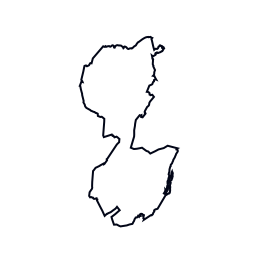 Ņukšu pag., Ludzas, Latvia (Natural Earth projection), rotated 303°
{"feature_id": "27541924B6946008427807", "entity_name": "Ņukšu pag.", "entity_type": "district", "adm_level": 2, "iso_a3": "LVA", "parent_name": "Latvia", "parent_adm1": "Ludzas", "projection": "natural_earth1", "projection_center": [27.716, 56.433], "detail": "fine", "context": "isolated", "style": "outline", "palette": "ink", "viewbox_px": 256, "rotation_deg": 303, "n_neighbors": 0, "source": "geoboundaries", "source_scale": "gbopen_adm2", "svg_char_len": 5786}
<svg xmlns="http://www.w3.org/2000/svg" viewBox="0 0 256 256"><g transform="rotate(303 128 128)"><path d="M50.3,141.5L46.9,147.4L44.5,151.7L42.2,155.3L41.6,156.3L44.5,157.0L44.8,157.5L45.8,157.8L47.0,158.7L48.4,159.5L50.7,160.3L53.4,161.4L54.7,161.6L55.9,161.7L54.5,165.8L48.8,164.2L44.4,162.6L42.8,164.4L39.3,168.9L40.9,171.1L41.1,173.6L41.4,175.3L45.6,180.0L47.9,181.8L50.0,183.9L50.6,183.9L52.1,183.7L53.3,183.7L55.2,183.2L56.7,183.3L57.1,183.2L58.1,184.4L60.0,184.3L60.0,184.6L59.6,185.3L59.5,185.7L60.2,185.7L60.8,186.1L61.2,186.6L61.4,186.5L61.5,186.1L62.0,185.1L62.9,185.5L63.2,185.7L63.6,186.7L63.5,187.3L63.4,187.7L63.6,188.8L63.2,189.0L62.6,188.6L62.4,188.6L62.3,189.1L61.7,189.6L60.7,190.0L60.7,190.6L60.5,191.0L60.2,191.2L59.7,191.3L67.0,194.5L67.5,194.8L67.5,195.1L68.0,195.3L68.0,195.5L68.4,195.6L69.1,195.8L70.8,195.4L72.3,195.5L72.7,195.3L72.9,194.9L73.4,194.8L74.7,195.3L75.8,196.4L76.2,196.6L76.5,196.8L92.8,196.1L92.7,193.7L94.4,193.7L96.3,193.2L96.7,192.9L96.5,193.5L97.0,193.5L97.3,193.6L98.3,193.6L99.0,193.3L100.7,192.5L101.8,192.2L102.1,192.2L101.9,192.9L101.0,193.7L100.7,193.9L100.4,194.0L99.6,194.0L98.7,194.4L98.2,194.4L97.9,194.7L97.9,195.0L97.2,195.2L95.1,195.0L93.1,196.1L92.7,196.5L92.9,196.7L94.5,197.2L95.2,198.0L96.1,197.9L96.5,198.3L98.5,197.4L98.6,197.2L99.1,197.0L99.7,196.5L99.8,196.2L100.4,196.1L100.5,195.7L101.3,195.7L101.6,195.5L101.6,195.2L102.7,194.5L102.6,194.4L102.7,194.2L103.0,194.3L103.2,194.1L103.4,194.2L103.7,194.2L104.2,194.0L105.0,193.8L105.5,193.5L105.3,193.1L104.6,192.6L104.6,192.2L105.4,192.8L107.2,192.2L107.5,192.3L108.0,192.8L108.5,192.8L108.9,192.5L110.0,192.4L110.7,192.0L111.3,192.0L111.8,191.8L112.2,191.5L112.2,191.1L112.3,190.9L113.7,190.6L114.3,190.3L115.0,189.6L115.2,189.2L115.2,188.9L115.4,188.7L114.7,188.8L113.7,189.0L112.8,189.5L112.4,190.0L112.1,190.2L110.2,190.8L109.9,190.8L108.8,190.4L107.2,190.4L106.6,190.9L104.7,191.2L104.3,191.4L103.8,191.9L103.3,191.8L103.1,191.7L103.1,191.4L103.2,191.2L103.7,191.0L104.2,190.5L104.8,190.2L106.0,190.0L107.4,189.9L107.6,189.7L107.7,189.4L110.8,188.6L110.8,188.2L110.9,187.9L111.3,187.3L111.6,187.3L112.1,187.0L114.1,186.4L116.0,185.3L118.6,184.5L119.2,184.6L119.4,184.4L120.6,183.9L122.3,184.2L123.4,183.9L125.1,183.7L126.1,183.3L128.0,183.3L128.5,183.2L129.2,183.2L129.8,183.0L131.4,182.8L132.3,182.5L135.4,182.5L136.1,182.0L136.3,181.9L136.5,181.3L136.7,181.2L136.4,180.3L137.2,180.1L137.9,180.5L134.7,170.9L130.6,168.9L126.7,165.3L123.1,163.3L118.7,160.6L119.3,157.8L118.9,156.4L118.8,155.5L119.1,150.5L117.2,148.6L115.3,146.6L113.6,144.4L113.0,141.1L124.1,137.8L125.7,136.9L129.5,134.4L133.5,132.7L135.4,131.7L139.0,130.2L145.0,130.8L145.0,131.4L146.1,132.2L144.4,133.1L144.9,134.4L149.2,134.8L149.1,134.4L150.3,134.0L150.5,133.2L151.9,132.9L156.1,132.6L157.6,133.1L158.8,133.1L160.8,132.2L162.2,132.1L168.2,132.8L169.1,130.3L167.8,129.0L168.1,128.5L167.8,127.9L169.2,126.7L169.2,125.3L168.6,124.1L175.2,122.8L177.3,124.2L178.0,124.5L180.2,124.0L181.2,124.4L182.3,123.7L183.9,124.6L184.0,125.2L185.0,123.3L185.9,121.9L185.4,120.6L186.5,120.8L187.0,120.7L187.7,120.5L188.8,119.8L189.6,119.5L191.3,119.1L193.0,116.3L193.5,115.6L194.1,115.4L194.7,114.3L195.7,113.6L197.7,112.5L198.8,111.8L199.1,111.8L199.5,111.3L199.4,110.8L200.1,110.1L200.6,109.9L201.3,109.1L201.8,108.6L201.7,109.4L201.9,109.8L202.3,110.2L204.3,111.2L204.9,111.2L205.3,110.9L205.4,110.7L205.1,110.5L205.2,110.4L205.6,110.3L206.0,110.4L206.6,111.1L207.2,111.2L207.2,111.3L207.0,111.6L207.0,111.9L207.0,112.1L207.4,112.5L208.5,113.2L209.4,114.0L210.7,114.4L211.1,114.9L212.2,114.9L213.2,114.8L214.5,114.9L215.0,113.9L214.7,113.7L214.1,113.8L213.6,113.6L213.7,113.0L213.9,112.7L214.6,112.7L215.1,112.5L215.2,112.2L215.1,111.5L214.7,110.9L214.7,110.6L214.9,110.3L214.9,110.1L214.7,109.7L214.4,109.6L213.5,109.8L212.8,109.3L211.3,109.7L210.5,109.5L210.1,109.3L209.7,108.3L209.5,108.0L208.9,107.7L207.8,107.4L210.1,104.8L214.5,100.3L215.4,99.2L216.7,99.3L216.5,98.2L216.7,97.3L215.3,95.7L215.4,95.4L214.6,94.4L213.5,93.4L211.9,92.5L210.2,91.7L206.4,90.3L205.3,89.7L203.6,89.5L201.6,89.6L199.4,88.6L198.1,88.4L197.4,88.1L197.1,88.0L197.2,87.8L197.1,87.7L196.5,87.3L196.0,86.4L194.7,85.5L194.4,85.2L194.3,84.4L194.5,83.6L194.7,83.1L194.8,82.4L194.8,82.0L194.6,81.0L194.3,80.6L193.9,80.5L192.7,80.8L192.4,80.7L192.9,79.9L193.1,79.5L193.2,78.4L193.2,77.9L193.3,77.3L192.7,76.0L192.3,75.6L191.8,74.2L191.5,73.8L191.0,73.3L189.5,72.7L188.9,72.8L188.6,73.0L188.2,73.1L188.0,72.9L187.9,72.5L189.1,71.2L189.1,70.4L189.0,70.1L188.8,69.8L186.8,69.1L186.5,68.8L186.4,68.4L186.4,67.5L185.6,66.7L185.1,66.0L184.7,65.9L184.0,65.3L184.0,64.8L184.2,64.5L183.2,64.0L183.0,62.7L167.2,60.6L162.4,62.2L162.0,61.2L161.7,61.0L159.3,61.1L157.6,60.1L157.4,59.9L157.3,59.6L157.6,58.9L157.6,58.7L156.4,57.7L154.7,58.3L151.2,59.7L143.0,62.6L142.3,64.2L141.8,64.9L141.4,63.7L137.8,64.5L137.4,64.9L137.0,64.8L137.0,65.3L134.7,67.5L132.9,69.5L131.8,70.8L130.7,71.6L126.5,76.1L125.2,76.7L124.1,78.9L122.8,80.3L122.2,82.1L122.5,86.6L122.3,87.5L122.7,89.3L122.7,89.9L123.0,90.8L123.2,91.2L123.0,92.6L123.3,93.1L123.5,94.8L121.7,96.2L122.2,98.8L123.1,99.8L123.1,100.3L122.8,103.1L120.2,104.7L108.3,111.2L107.2,112.7L113.7,118.0L113.0,119.3L113.6,119.8L113.3,120.6L112.8,121.7L114.5,123.1L114.5,123.6L114.3,125.5L114.1,126.2L114.1,126.8L111.2,128.3L109.2,127.8L108.0,127.6L90.8,127.4L90.3,127.1L90.1,127.2L89.5,128.0L85.1,127.8L84.4,127.5L84.9,126.9L81.4,125.0L80.9,124.9L78.4,123.4L77.0,122.5L73.8,122.3L73.2,122.1L72.6,122.3L63.4,127.3L59.6,129.6L58.3,130.6L57.1,130.9L55.2,130.8L53.2,130.8L49.9,132.4L49.2,134.0L50.0,134.7L50.2,136.2L50.5,136.4L50.5,136.6L50.0,137.5L50.0,137.9L50.4,138.6L50.9,139.0L51.2,139.3L51.9,139.9L51.2,140.6L51.4,140.8L51.4,141.2L50.9,141.4L50.3,141.5Z" fill="none" stroke="#020617" stroke-width="2"/></g></svg>